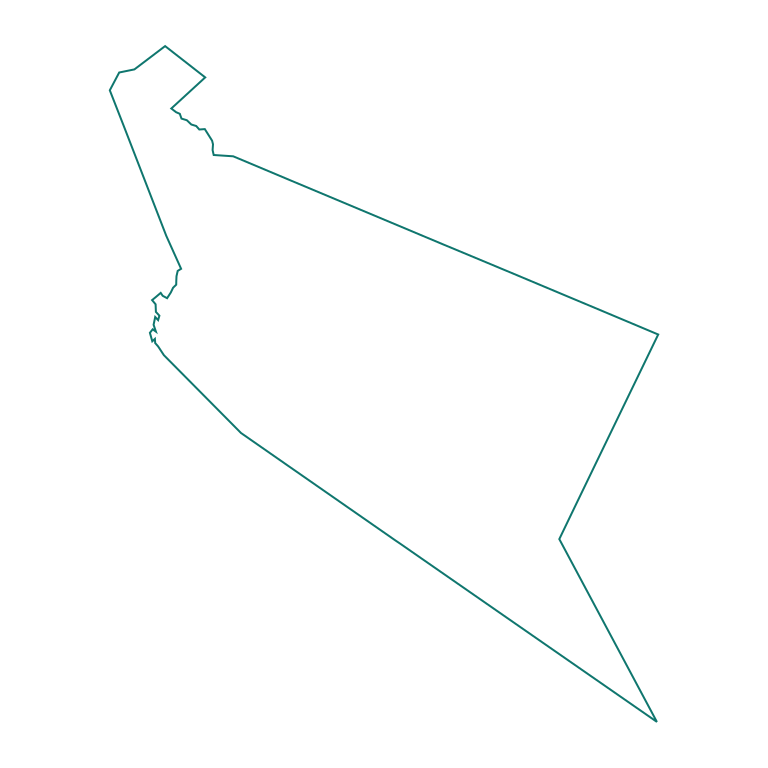 Santa Luz, Piauí, Brazil (Natural Earth projection)
{"feature_id": "56859067B18968818228242", "entity_name": "Santa Luz", "entity_type": "district", "adm_level": 2, "iso_a3": "BRA", "parent_name": "Brazil", "parent_adm1": "Piauí", "projection": "natural_earth1", "projection_center": [-44.236, -9.056], "detail": "fine", "context": "isolated", "style": "outline", "palette": "teal", "viewbox_px": 768, "rotation_deg": 0, "n_neighbors": 0, "source": "geoboundaries", "source_scale": "gbopen_adm2", "svg_char_len": 866}
<svg xmlns="http://www.w3.org/2000/svg" viewBox="0 0 768 768"><path d="M656.9,721.9L559.3,539.1L574.9,506.7L594.9,465.3L658.2,334.5L613.5,315.7L506.0,270.6L442.9,244.3L291.0,180.6L233.2,156.3L213.7,155.0L212.6,150.1L213.0,144.3L212.1,140.7L207.9,134.0L204.8,129.1L199.3,129.5L196.2,126.0L191.3,124.5L186.8,120.2L181.5,118.6L179.8,113.8L176.1,112.2L171.3,108.5L205.2,77.4L165.1,46.1L134.4,69.4L119.2,72.5L109.8,90.3L124.0,126.6L166.3,235.9L181.1,268.8L177.7,270.9L176.5,276.2L176.3,280.5L176.2,284.7L173.1,287.7L170.8,292.5L167.1,298.2L162.7,295.8L160.7,292.9L156.1,296.8L152.1,300.1L155.6,304.3L155.9,311.9L159.4,315.7L158.1,320.1L155.2,317.0L153.6,324.8L155.9,331.6L152.7,329.3L149.9,332.8L152.3,341.3L154.9,338.9L155.2,343.1L158.1,346.4L163.9,355.2L241.0,433.0L287.4,465.3L395.2,540.3L399.2,543.0L656.9,721.9Z" fill="none" stroke="#0f766e" stroke-width="2"/></svg>